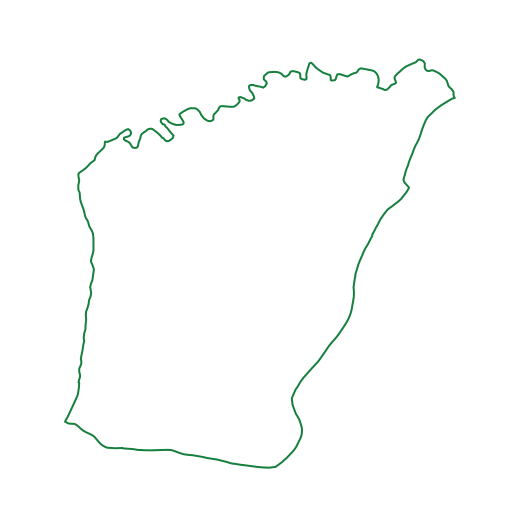 outline of Chey Saen, Preah Vihéar, Cambodia, rotated 95°
{"feature_id": "14789045B76871664968100", "entity_name": "Chey Saen", "entity_type": "district", "adm_level": 2, "iso_a3": "KHM", "parent_name": "Cambodia", "parent_adm1": "Preah Vihéar", "projection": "equal_earth", "projection_center": [105.306, 13.6], "detail": "fine", "context": "isolated", "style": "outline", "palette": "green", "viewbox_px": 512, "rotation_deg": 95, "n_neighbors": 0, "source": "geoboundaries", "source_scale": "gbopen_adm2", "svg_char_len": 5992}
<svg xmlns="http://www.w3.org/2000/svg" viewBox="0 0 512 512"><g transform="rotate(95 256 256)"><path d="M81.1,71.9L80.0,72.7L77.6,73.4L75.6,73.4L74.1,74.5L73.0,75.4L70.2,78.9L65.0,81.1L63.2,82.5L58.4,88.9L57.0,91.9L55.7,95.7L55.6,96.9L56.7,99.9L56.6,101.6L55.4,103.3L53.6,104.4L49.4,104.6L47.3,106.3L46.4,108.5L46.0,110.2L46.3,111.3L49.1,113.8L52.1,119.5L53.7,122.3L55.9,125.2L58.2,127.4L60.0,129.0L61.7,130.7L64.2,132.7L66.1,133.6L67.9,133.1L69.5,132.2L71.2,131.6L72.4,132.9L73.9,136.1L75.8,137.4L77.9,139.1L78.9,140.2L79.3,141.5L79.4,142.5L78.6,144.0L78.3,145.6L77.7,147.8L77.5,149.7L77.0,150.1L75.7,149.6L72.6,149.1L69.9,149.1L66.5,150.0L64.1,151.5L62.5,153.1L61.5,154.7L61.0,156.8L59.9,167.8L61.2,169.9L62.4,170.5L63.6,171.2L64.7,172.3L65.5,174.6L66.4,176.4L67.5,178.1L68.6,179.4L69.2,180.8L68.2,185.6L67.5,188.3L67.7,189.7L68.0,190.8L68.9,191.2L73.1,192.1L73.8,192.7L74.2,193.7L74.6,195.7L74.5,196.4L74.0,196.9L72.4,197.0L69.7,197.7L69.2,198.5L67.7,204.7L66.5,207.1L64.6,210.4L62.9,213.0L60.5,215.5L59.5,216.7L58.7,217.9L59.0,219.1L60.1,219.8L62.4,220.2L65.1,220.9L70.6,221.8L73.4,221.2L75.3,221.2L76.2,222.6L76.0,223.3L76.0,224.5L75.5,226.4L74.9,227.3L71.7,227.7L70.3,228.1L69.7,229.0L69.1,230.9L68.6,235.2L68.9,236.8L69.4,237.6L70.5,238.2L71.4,238.4L72.9,239.5L74.3,241.3L74.8,242.4L74.4,244.1L72.6,246.1L71.7,247.7L71.1,249.7L70.9,251.6L71.0,253.6L71.6,258.0L72.0,259.6L73.5,261.4L76.1,263.7L77.9,263.8L79.3,263.6L81.3,261.1L83.1,260.3L86.1,261.7L87.6,263.4L87.1,265.5L86.8,267.9L86.5,271.4L85.9,273.3L86.0,274.8L86.2,276.6L86.9,277.5L88.1,277.8L90.5,277.0L91.8,276.3L93.7,274.1L97.1,272.0L99.4,271.5L101.1,273.5L101.8,274.9L102.0,276.8L101.1,279.9L100.0,281.6L99.5,283.7L99.0,285.3L99.3,286.3L99.7,287.1L100.5,287.1L101.9,286.0L103.5,285.8L104.9,286.6L106.7,288.0L108.8,290.3L109.3,291.6L109.6,294.1L109.6,303.1L110.4,305.0L112.3,306.1L113.8,306.4L117.2,309.0L118.7,310.3L120.0,310.6L121.3,310.6L122.7,310.3L124.0,310.5L124.9,311.7L125.6,312.9L125.7,315.0L125.3,316.5L123.4,320.0L120.4,322.7L117.2,324.7L116.0,326.1L114.8,327.7L114.1,329.5L114.4,331.6L114.4,333.4L114.7,334.8L115.4,336.5L118.4,341.0L121.2,344.4L122.1,344.6L123.3,343.9L125.9,341.9L127.6,340.6L129.3,339.7L130.7,339.9L131.5,340.9L132.0,343.1L132.4,347.1L131.6,350.8L130.0,354.6L128.2,356.3L127.5,357.5L126.8,359.3L127.7,362.2L129.3,362.7L130.6,362.5L132.9,360.4L132.8,359.4L133.4,358.2L134.8,357.5L135.9,356.0L140.3,351.8L143.2,348.7L145.5,349.1L147.6,351.0L149.0,352.9L149.4,355.3L148.4,356.9L146.9,358.3L146.1,360.2L144.6,361.5L141.8,365.0L138.6,370.1L138.3,372.0L139.0,374.1L139.6,375.3L141.0,376.4L143.1,379.1L144.4,380.4L145.7,381.1L149.5,381.7L152.9,382.8L154.8,383.0L156.7,383.1L158.1,383.9L158.6,384.5L158.9,386.2L158.7,388.3L157.8,389.1L155.7,390.6L154.0,392.1L153.1,394.0L152.4,396.2L151.4,397.6L150.5,397.8L149.6,397.7L149.2,396.7L147.9,393.4L146.9,392.0L146.1,391.6L145.2,391.3L143.8,391.3L142.7,391.8L142.0,392.4L141.1,393.7L140.8,394.4L141.4,396.1L143.4,398.8L144.9,400.4L145.8,401.9L149.4,404.2L150.8,405.3L154.6,412.4L155.4,414.5L155.2,415.6L155.2,416.2L156.0,416.5L157.9,416.4L159.5,416.5L161.1,417.0L162.1,417.7L163.4,418.8L167.5,422.5L169.3,423.8L171.5,424.7L174.5,425.2L175.9,426.6L176.9,427.9L178.3,429.3L180.1,430.6L182.3,432.4L183.9,433.9L186.3,436.6L188.6,439.4L190.0,440.1L191.6,439.9L193.4,439.5L195.5,438.8L197.1,438.7L200.7,439.2L205.1,438.8L206.8,438.1L208.2,437.2L213.3,436.4L215.2,436.0L217.3,435.3L221.0,433.6L224.3,432.0L225.8,431.4L231.1,429.7L233.0,428.8L234.0,427.9L236.5,426.3L240.9,424.7L244.5,422.2L247.5,420.5L252.2,419.5L264.4,418.4L268.2,418.8L271.5,419.6L275.7,420.0L278.9,418.3L283.0,416.4L286.3,416.4L290.2,416.7L294.7,416.9L297.5,417.9L301.4,418.5L307.0,417.0L310.7,417.3L314.3,418.4L318.4,418.6L321.5,419.1L326.3,420.4L329.7,420.4L334.6,419.6L339.5,419.8L344.0,419.5L348.1,420.4L352.5,420.5L355.9,419.7L358.5,420.2L366.0,420.7L373.4,421.6L376.3,420.8L379.0,420.7L383.7,422.3L386.2,422.1L390.0,420.9L392.0,420.8L395.0,421.5L397.4,421.7L397.7,421.1L399.9,421.0L403.3,421.0L408.7,421.3L411.0,421.8L421.2,425.4L430.3,428.7L433.9,430.1L436.2,431.3L437.7,431.7L439.0,428.8L439.3,426.7L439.1,424.4L439.1,421.9L440.1,419.9L441.5,417.8L443.1,415.8L444.8,413.3L446.2,410.4L447.1,408.0L447.9,405.6L449.1,402.9L450.5,400.9L454.8,396.6L456.6,394.6L458.0,392.5L459.2,389.9L460.0,387.4L459.8,383.0L459.8,379.9L459.1,373.8L458.8,372.6L459.2,372.1L459.1,360.9L459.4,358.0L459.5,355.8L459.3,353.5L459.3,352.2L459.2,351.2L459.2,349.4L458.9,346.5L458.8,344.1L456.9,328.0L456.8,326.8L456.7,323.8L457.1,321.5L459.2,313.7L459.4,312.4L459.9,310.1L459.8,309.4L460.0,307.2L460.0,302.9L460.0,301.6L460.8,291.9L461.5,286.9L461.8,282.7L462.1,277.4L463.7,267.3L464.6,263.3L464.9,261.1L464.8,260.1L465.3,253.2L465.5,247.2L466.0,236.5L466.0,229.2L465.7,224.3L464.4,218.2L459.1,212.1L456.7,210.0L454.7,208.0L447.7,202.4L445.3,200.8L442.6,199.3L434.4,196.1L430.8,195.1L428.5,194.9L425.0,195.0L422.7,195.5L417.1,197.7L414.5,199.1L411.7,201.0L410.1,202.3L407.7,203.5L401.1,206.6L398.1,207.2L397.3,207.5L394.5,207.9L385.8,205.0L381.9,202.8L377.7,200.9L373.4,198.3L362.6,190.3L356.0,185.1L351.2,182.2L343.6,177.9L340.1,176.0L336.6,173.7L330.6,169.3L327.4,167.2L317.2,161.5L311.5,158.8L308.0,157.6L303.9,156.5L300.5,156.0L292.3,155.3L288.2,155.0L283.2,155.3L278.6,156.1L270.0,155.6L266.4,155.2L265.6,155.4L255.6,153.3L251.5,152.1L246.6,150.4L241.8,148.9L238.5,147.6L233.8,145.2L229.6,143.6L225.7,141.9L224.3,142.0L221.7,140.7L217.1,138.9L214.0,137.4L209.6,135.7L206.2,133.9L203.4,132.3L198.5,129.1L196.5,127.0L194.4,124.5L191.6,121.6L189.8,119.5L186.3,116.2L184.1,114.9L179.8,112.0L177.4,110.7L174.6,109.6L174.0,110.0L171.6,112.6L170.3,114.0L169.0,115.0L167.3,115.7L164.8,115.4L162.2,114.8L158.8,114.3L154.9,113.3L152.3,112.4L150.1,112.1L145.6,110.9L141.5,109.5L134.6,107.6L132.2,106.8L129.2,105.4L125.9,104.1L121.5,102.9L115.5,101.6L110.3,100.1L105.6,98.5L102.8,97.1L101.0,95.7L99.2,94.0L95.1,90.6L92.4,87.7L89.6,84.5L83.9,76.8L82.1,74.1L81.1,71.9Z" fill="none" stroke="#15803d" stroke-width="2"/></g></svg>